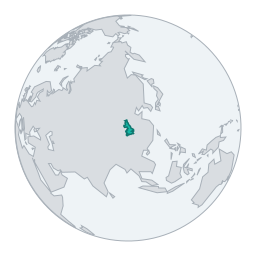 the Earth from above Shaanxi, rotated 324°
{"feature_id": "CHN-1804", "entity_name": "Shaanxi", "entity_type": "Province", "adm_level": 1, "iso_a3": "CHN", "parent_name": "China", "parent_adm1": "", "projection": "orthographic", "projection_center": [108.8, 35.643], "detail": "coarse", "context": "on_globe", "style": "filled", "palette": "teal", "viewbox_px": 256, "rotation_deg": 324, "n_neighbors": 0, "source": "natural_earth", "source_scale": "10m", "svg_char_len": 11618}
<svg xmlns="http://www.w3.org/2000/svg" viewBox="0 0 256 256"><g transform="rotate(324 128 128)"><circle cx="128" cy="128" r="113" fill="#eef3f6" stroke="#a8b0b8"/><path d="M230.5,173.7L230.3,174.2L230.2,174.4L230.5,173.7ZM196.9,38.9L188.4,33.7L187.9,33.1L185.9,32.2L186.4,33.1L187.1,34.0L180.9,34.5L181.2,40.3L185.0,43.9L181.2,41.9L190.9,50.3L193.4,56.0L188.3,48.6L186.0,47.1L186.6,50.3L184.3,49.5L183.3,50.7L180.6,49.6L177.8,45.7L176.0,45.0L176.5,47.3L174.1,47.8L173.6,44.5L169.3,45.3L163.9,39.6L164.8,32.7L159.5,29.8L154.5,23.5L152.7,23.7L149.6,21.8L146.3,21.3L146.3,20.6L143.7,20.9L144.4,21.7L143.5,22.2L141.6,22.1L141.3,21.0L142.1,20.9L141.1,20.6L141.7,20.1L140.3,20.3L140.1,19.2L137.6,20.2L135.1,19.2L135.7,18.5L139.3,18.7L149.4,18.6L151.2,18.5L150.0,17.9L140.4,16.1L140.6,16.1L149.3,17.4L157.9,19.4L166.2,22.0L174.4,25.3L182.2,29.3L189.7,33.8L196.9,38.9ZM137.5,15.8L137.8,15.8L133.8,15.6L135.4,16.0L134.0,16.1L134.3,16.7L130.4,16.5L126.5,16.1L126.1,15.7L124.3,15.7L121.6,16.2L117.8,15.9L110.3,16.8L119.3,15.7L128.4,15.4L137.5,15.8ZM234.1,92.4L233.2,90.6L233.5,90.5L234.1,92.4ZM232.8,90.3L233.1,90.7L232.9,90.5L232.8,90.3ZM232.8,90.7L232.8,90.4L232.8,90.9L232.8,90.7ZM232.8,91.5L232.7,90.9L232.8,91.1L232.8,91.5ZM232.5,92.0L232.4,92.1L232.2,91.4L232.5,92.0ZM187.9,34.6L186.6,33.3L187.1,32.8L188.3,34.0L187.9,34.6ZM186.7,35.9L185.5,34.9L187.8,35.6L187.8,35.9L186.7,35.9ZM188.2,46.8L187.6,45.2L188.9,47.1L188.2,46.8ZM183.6,51.0L184.5,51.8L183.6,52.1L183.6,51.0ZM136.4,16.8L135.4,16.7L135.9,16.6L136.4,16.8ZM137.5,17.1L138.8,17.1L139.5,17.2L138.7,17.3L137.5,17.1ZM178.6,50.8L176.9,51.2L178.2,50.1L178.6,50.8ZM135.7,17.2L140.6,17.6L141.9,17.9L139.7,18.5L135.7,17.2ZM175.6,51.0L171.5,52.3L173.1,54.0L166.3,50.2L172.0,50.1L173.3,48.4L173.9,50.1L175.6,51.0ZM145.4,22.0L144.6,21.2L147.0,22.0L145.4,22.0ZM147.1,22.5L155.6,25.0L155.8,26.4L152.9,25.2L154.6,27.3L150.5,26.8L148.6,25.5L149.3,24.6L147.2,25.1L147.1,22.5ZM163.2,48.0L161.8,47.8L162.7,47.3L163.2,48.0ZM143.3,22.5L145.0,22.8L145.3,24.0L141.9,23.6L142.9,23.3L143.3,22.5ZM157.0,28.2L156.6,29.2L153.2,29.0L152.6,29.4L150.4,26.9L157.0,28.2ZM141.9,23.0L140.2,23.5L138.4,22.8L141.6,22.3L141.9,23.0ZM146.8,24.5L146.7,25.1L145.6,24.6L146.8,24.5ZM130.9,21.2L133.0,21.4L133.3,22.0L130.9,21.2ZM139.7,23.7L140.3,23.9L140.7,24.2L139.2,24.4L139.7,23.7ZM148.1,27.0L146.8,26.8L148.8,28.0L146.4,28.0L145.3,26.4L144.7,27.1L144.0,27.1L144.0,25.8L148.1,27.0ZM138.8,25.6L136.6,23.8L132.8,23.3L132.4,22.7L138.7,23.6L138.8,25.6ZM141.8,25.8L139.9,25.5L140.4,24.8L142.1,24.6L141.8,25.8ZM145.0,28.7L149.1,29.0L149.2,29.4L145.0,28.7ZM137.6,25.6L138.1,26.0L137.2,25.6L137.6,25.6ZM142.6,27.8L144.1,27.8L144.1,28.2L142.6,27.8ZM138.0,26.9L137.3,26.3L138.4,26.1L138.0,26.9ZM140.0,27.4L139.8,28.0L139.2,26.4L140.7,27.4L140.0,27.4ZM142.5,28.2L143.0,28.4L141.8,28.1L142.5,28.2ZM134.2,28.2L133.3,26.3L135.7,25.8L136.3,27.7L134.2,28.2ZM43.9,53.0L45.0,52.2L42.0,56.1L39.6,64.0L38.7,66.0L35.4,69.1L30.7,82.1L33.5,81.0L32.8,90.9L34.7,95.4L41.7,89.1L38.7,81.4L41.8,76.3L47.1,79.1L50.2,86.3L51.5,84.6L52.5,77.2L56.3,76.2L53.2,74.5L52.2,77.1L50.2,76.2L51.0,73.8L52.4,73.5L52.3,70.8L46.0,73.5L44.4,76.5L42.2,72.2L39.2,76.8L37.5,77.1L42.0,69.4L43.9,67.7L49.8,57.9L47.6,59.2L41.9,68.7L42.3,66.9L39.3,69.2L41.9,66.1L48.7,55.9L48.8,52.5L43.6,54.5L44.8,52.5L48.2,48.7L55.4,42.9L52.0,48.1L54.5,46.5L59.7,42.0L58.3,44.2L60.0,43.1L59.1,45.1L62.4,45.2L62.2,47.2L67.8,44.8L68.5,45.6L65.0,46.7L62.4,48.7L62.5,54.1L63.8,54.5L67.4,52.6L67.0,54.5L70.5,52.0L72.6,54.6L73.0,49.6L77.3,47.7L80.9,48.1L82.4,46.7L76.4,46.1L74.0,46.8L71.8,48.7L65.3,50.2L64.3,48.9L71.4,44.3L70.8,42.1L76.6,39.8L89.1,42.2L92.2,44.8L88.0,53.0L84.8,53.3L84.7,50.4L80.8,54.9L83.1,53.6L82.7,55.4L86.7,54.4L86.6,55.6L90.6,52.8L91.0,54.2L88.4,56.0L94.7,56.2L96.6,58.9L98.1,58.4L99.1,57.1L100.8,61.8L101.8,61.2L101.6,59.4L103.4,57.3L107.4,55.4L107.8,57.0L106.4,58.0L104.1,62.6L100.4,65.1L101.0,65.6L104.3,63.9L107.1,58.2L109.3,56.6L108.5,59.3L109.0,58.2L110.2,57.9L111.8,59.3L113.0,56.4L126.1,52.5L130.6,55.2L128.3,57.8L137.9,57.8L142.2,61.5L142.0,59.8L146.5,59.0L145.2,57.9L145.4,57.0L156.4,55.3L159.2,56.4L163.7,54.4L163.6,53.6L161.7,52.5L166.3,50.2L173.1,54.0L173.0,55.6L177.3,57.2L176.4,60.7L177.7,64.5L174.2,67.9L175.5,70.9L177.0,71.2L180.0,75.7L180.7,84.5L173.2,75.9L170.9,63.8L171.2,68.5L169.1,67.1L168.0,68.6L168.4,72.1L169.7,72.7L159.9,77.7L156.8,87.2L162.0,86.7L165.1,89.5L166.2,101.3L155.8,117.2L159.8,122.4L160.0,125.8L156.2,127.9L155.9,123.0L152.3,121.2L152.7,118.2L146.6,120.4L146.9,116.3L142.0,120.3L143.7,123.6L149.0,123.0L144.6,128.6L149.7,134.3L150.1,141.1L140.8,152.6L131.6,155.7L131.0,157.7L127.5,155.1L122.6,158.8L129.0,170.6L128.8,173.8L120.9,179.1L120.8,176.8L111.4,169.9L109.5,177.2L116.6,184.2L119.0,191.3L113.5,188.6L111.0,182.2L107.7,179.5L108.8,173.2L106.3,162.8L100.7,163.8L101.3,159.8L97.0,150.3L89.0,151.2L76.3,158.4L74.4,168.0L70.1,170.9L65.5,154.3L66.1,144.0L62.7,143.5L59.4,132.5L48.7,125.1L48.7,122.0L46.3,121.6L44.2,116.6L44.8,111.5L42.8,110.0L41.7,123.4L44.0,125.1L48.0,123.1L47.1,127.3L49.4,133.1L41.5,138.2L28.1,134.7L29.4,127.0L32.4,100.7L33.7,99.0L33.8,98.8L34.0,98.3L31.7,100.7L33.1,95.8L28.7,112.6L26.9,118.7L27.9,135.0L27.2,135.4L28.3,139.5L34.9,143.2L34.4,145.5L29.7,152.9L22.8,158.3L25.2,168.9L27.2,176.3L26.1,176.0L27.2,178.3L23.9,171.1L21.2,163.7L18.9,156.2L17.2,148.4L16.1,140.6L15.5,132.8L15.4,124.9L15.9,117.0L16.9,109.2L18.5,101.5L20.7,93.9L23.3,86.4L26.5,79.2L30.1,72.2L34.3,65.5L38.9,59.1L43.9,53.0ZM51.0,98.5L54.6,102.7L57.5,95.9L59.1,97.1L59.5,94.5L57.7,95.4L59.3,88.7L62.5,89.0L64.3,86.5L63.2,85.0L57.1,85.6L54.8,95.1L52.0,96.2L51.0,98.5ZM70.3,36.2L68.5,37.7L66.7,38.2L67.0,36.5L69.6,35.6L70.3,36.2ZM66.5,39.7L73.4,36.0L73.6,37.1L72.3,37.1L71.7,38.2L69.5,38.4L62.8,43.4L60.8,44.3L62.4,40.2L63.0,41.0L64.7,39.4L66.5,39.7ZM91.0,27.0L94.1,26.1L90.4,29.7L88.0,30.2L88.1,28.3L91.0,26.6L91.0,27.0ZM131.0,18.3L132.4,18.3L132.5,18.5L131.4,18.8L131.0,18.3ZM131.9,21.2L125.0,19.2L126.3,18.9L120.8,18.4L122.0,17.5L125.5,17.8L122.3,16.9L125.9,16.9L123.3,16.5L131.1,17.2L134.2,17.4L130.3,17.5L129.1,18.2L129.6,18.6L133.2,19.8L139.3,20.8L139.2,21.9L137.4,22.4L135.9,22.4L136.5,21.6L134.1,22.1L133.8,21.0L131.9,21.2ZM117.0,31.9L118.3,30.4L113.4,32.4L113.0,30.8L112.5,31.1L110.8,30.2L107.8,29.9L108.2,29.1L106.9,29.3L105.7,28.8L104.0,28.9L104.1,27.6L102.0,27.6L103.2,27.0L99.7,27.5L102.3,26.6L101.1,26.1L99.2,27.2L103.6,21.5L103.4,20.2L101.8,19.7L106.6,18.6L111.2,18.5L115.1,19.3L114.6,20.9L116.8,20.3L117.3,20.9L115.3,21.1L118.6,21.2L118.4,21.8L121.8,23.4L126.7,23.4L128.1,24.0L126.1,24.4L128.9,24.9L126.0,26.0L126.9,26.6L125.0,28.4L120.7,28.9L122.0,29.6L120.7,31.2L117.0,31.9ZM133.5,28.7L128.4,29.4L125.7,28.9L130.1,25.9L129.6,25.3L132.4,23.6L136.3,24.4L135.1,24.8L134.9,25.3L133.8,24.9L134.5,25.7L133.0,26.3L133.2,27.1L131.4,27.0L133.5,28.7ZM39.9,65.9L39.6,67.0L39.7,68.4L37.8,70.0L39.9,65.9ZM44.4,58.9L44.4,59.5L41.8,62.1L42.1,61.0L44.4,58.9ZM46.7,57.7L44.7,59.3L46.0,57.8L46.7,57.7ZM65.3,47.2L65.6,47.9L64.7,48.5L63.5,48.8L65.3,47.2ZM102.3,38.4L103.5,37.4L104.1,37.5L108.0,36.2L108.5,37.5L106.4,38.8L102.3,38.4ZM39.9,89.1L38.1,89.3L38.4,87.9L39.0,88.1L39.9,89.1ZM36.9,79.1L36.5,82.4L36.4,79.5L36.9,79.1ZM103.6,39.6L105.1,38.8L104.4,39.9L103.6,39.6ZM109.2,38.4L108.8,39.5L109.1,37.5L109.2,38.4ZM35.5,185.3L38.1,194.8L35.7,192.0L33.0,187.6L30.5,180.8L32.6,181.8L33.0,179.6L35.5,185.3ZM147.6,206.9L151.0,207.1L150.9,207.5L147.6,206.9ZM144.1,205.7L148.0,205.7L143.4,206.6L144.1,205.7ZM149.5,205.7L153.5,204.7L155.2,203.9L154.9,204.7L149.5,205.7ZM141.4,205.8L127.0,205.4L121.3,204.0L122.6,202.6L131.8,203.5L141.4,205.8ZM122.2,202.5L113.5,197.5L101.8,182.8L106.0,183.7L118.3,193.2L117.5,194.5L122.7,198.4L122.2,202.5ZM143.2,195.4L142.4,199.3L134.4,199.0L130.8,198.2L128.3,193.0L129.7,190.4L132.7,190.6L144.2,181.4L148.2,183.7L144.6,187.6L147.9,191.2L143.2,195.4ZM74.8,169.1L76.9,175.7L74.6,175.9L74.8,169.1ZM148.9,174.6L144.2,178.9L148.5,173.2L148.9,174.6ZM151.5,169.1L151.8,171.3L149.9,169.2L151.5,169.1ZM130.9,160.8L127.7,161.2L127.7,159.6L131.7,158.2L130.9,160.8ZM150.4,146.8L150.3,151.6L149.6,153.3L148.2,150.4L150.4,146.8ZM110.5,50.9L104.6,51.2L100.6,52.6L99.0,55.2L98.7,51.9L104.8,49.7L110.5,50.9ZM124.2,52.0L125.6,50.1L126.7,51.1L126.5,51.6L124.2,52.0ZM123.8,50.8L122.3,48.3L124.2,47.3L125.0,49.4L123.8,50.8ZM112.7,43.4L110.9,43.3L111.5,42.4L112.7,43.4ZM177.4,228.9L178.1,228.0L182.2,226.2L179.8,227.8L177.4,228.9ZM164.8,227.5L142.8,233.6L138.1,233.4L139.6,231.9L136.0,227.0L137.6,227.1L137.0,223.4L150.2,219.3L159.7,211.4L166.7,210.9L172.2,204.7L179.2,203.7L176.9,208.3L183.9,209.2L189.4,198.6L193.0,206.9L197.6,208.0L198.0,212.2L186.9,222.9L181.3,226.1L180.5,226.0L178.1,227.4L174.8,228.3L173.6,226.9L171.2,228.2L173.9,225.9L170.2,228.3L168.8,227.3L164.8,227.5ZM214.9,194.6L215.7,194.2L216.8,194.5L215.5,195.3L214.9,194.6ZM228.3,177.9L228.4,178.1L227.6,179.3L228.3,177.9ZM230.2,174.4L229.3,175.9L230.5,173.7L230.2,174.4ZM220.3,186.1L220.6,186.3L220.3,186.8L220.3,186.1ZM220.0,186.2L220.6,184.9L220.4,185.9L220.0,186.2ZM216.2,184.1L216.8,183.2L217.0,183.5L216.2,184.1ZM156.1,206.8L160.8,203.5L163.4,202.9L156.1,206.8ZM215.5,183.5L214.1,184.2L214.3,183.6L215.5,183.5ZM215.7,182.1L215.6,181.4L216.3,182.7L215.7,182.1ZM213.0,181.9L214.7,182.3L212.8,182.2L213.0,181.9ZM212.0,182.6L210.7,182.7L210.8,182.4L212.0,182.6ZM197.1,190.0L201.9,192.8L198.0,194.2L193.5,192.8L189.9,196.6L181.7,198.3L183.6,196.1L182.6,193.7L174.0,194.3L172.3,192.8L175.4,191.0L169.7,190.5L175.9,188.6L178.4,191.9L182.0,188.3L188.0,187.6L193.7,187.3L198.3,188.5L197.1,190.0ZM175.9,196.8L177.0,196.6L176.0,197.9L175.9,196.8ZM208.3,181.8L210.1,182.7L209.9,183.3L209.0,183.4L208.3,181.8ZM199.3,187.5L204.2,182.7L205.4,182.3L202.1,187.0L199.3,187.5ZM203.1,181.2L205.3,180.8L206.5,182.0L206.0,182.6L203.1,181.2ZM163.1,195.3L162.9,196.3L161.2,195.7L163.1,195.3ZM165.2,194.4L170.2,194.9L164.8,195.3L165.2,194.4ZM150.2,192.0L151.7,194.4L156.3,192.5L152.8,195.0L155.9,198.8L154.8,200.4L151.7,196.3L150.6,200.8L148.6,200.8L147.5,197.0L149.5,192.2L151.6,190.1L159.9,188.7L150.2,192.0ZM165.2,191.4L163.9,188.6L164.9,186.5L166.3,187.9L165.2,191.4ZM160.0,181.7L156.5,178.4L153.4,180.0L159.7,174.5L162.0,178.6L160.0,181.7ZM157.0,174.0L154.1,175.4L157.1,172.3L157.0,174.0ZM153.3,174.3L153.0,171.7L155.3,171.9L153.3,174.3ZM158.6,174.0L159.1,169.6L160.3,172.1L158.6,174.0ZM151.9,165.9L157.0,169.9L150.4,168.5L150.1,159.9L152.8,159.5L151.9,165.9ZM166.9,128.9L166.1,126.4L168.6,125.5L168.4,127.5L166.9,128.9ZM176.1,121.1L169.1,124.5L163.3,127.4L165.2,128.5L164.0,133.0L161.1,129.1L165.1,123.9L169.4,122.5L170.0,118.7L173.1,115.7L172.2,111.2L173.5,109.0L175.7,112.8L176.1,121.1ZM171.6,109.3L171.2,101.1L175.9,101.7L177.1,103.6L175.3,107.0L172.9,106.5L171.6,109.3ZM172.4,99.4L170.1,98.9L164.5,87.5L164.6,85.4L171.3,93.9L169.5,93.9L170.0,96.7L172.4,99.4ZM162.3,48.7L161.8,47.9L163.0,48.5L162.3,48.7ZM144.6,56.4L145.2,55.3L146.6,55.9L144.6,56.4ZM147.4,52.8L145.5,52.9L147.4,52.1L147.4,52.8ZM141.1,53.2L144.6,52.5L141.5,54.2L141.1,53.2Z" fill="#d9dde1" stroke="#a8b0b8" stroke-width="1"/><path d="M128.9,135.7L127.4,134.7L126.7,134.9L125.7,134.1L125.3,134.2L125.1,133.7L123.7,133.9L123.5,133.4L122.7,133.7L122.6,133.3L123.2,133.2L123.3,132.7L122.9,132.4L123.4,131.9L124.3,132.0L124.1,131.3L124.6,130.4L124.0,130.0L124.3,129.2L126.3,129.3L126.3,128.6L127.7,128.5L127.5,127.5L127.8,126.6L125.6,125.5L125.7,124.2L126.2,123.6L126.8,124.1L127.9,124.0L128.4,122.5L130.1,120.8L130.0,120.5L130.8,120.9L131.5,120.2L131.4,120.5L131.7,120.8L131.2,122.3L130.6,123.0L131.1,124.2L130.5,125.3L130.9,128.1L130.3,129.6L131.6,132.4L131.2,133.0L130.9,132.7L129.1,132.8L130.3,133.9L129.3,134.1L129.3,135.7L128.9,135.7Z" fill="#14b8a6" stroke="#0f766e" stroke-width="1.5"/></g></svg>